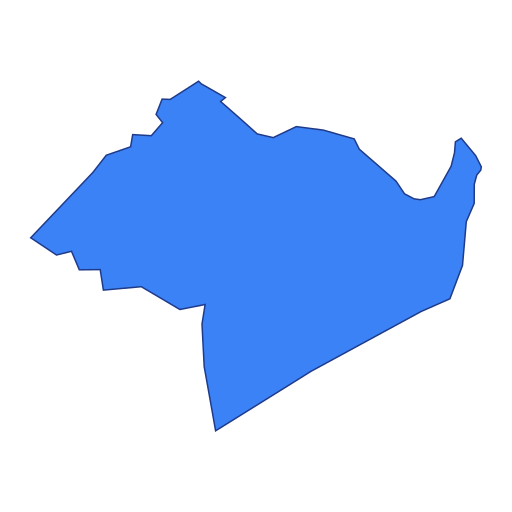 outline of Surry, Virginia, United States of America
{"feature_id": "52423323B96446812738870", "entity_name": "Surry", "entity_type": "district", "adm_level": 2, "iso_a3": "USA", "parent_name": "United States of America", "parent_adm1": "Virginia", "projection": "orthographic", "projection_center": [-76.881, 37.096], "detail": "fine", "context": "isolated", "style": "filled", "palette": "blue", "viewbox_px": 512, "rotation_deg": 0, "n_neighbors": 0, "source": "geoboundaries", "source_scale": "gbopen_adm2", "svg_char_len": 805}
<svg xmlns="http://www.w3.org/2000/svg" viewBox="0 0 512 512"><path d="M30.7,237.8L56.5,255.0L71.5,251.3L79.3,269.8L100.2,269.6L103.4,290.1L141.3,286.7L179.9,309.5L205.1,304.5L202.0,324.1L204.2,366.7L209.1,394.1L215.6,430.8L291.7,383.4L311.0,371.3L421.1,311.5L449.9,298.8L462.5,265.4L466.3,221.6L474.2,203.4L474.2,202.3L474.3,184.2L476.8,175.0L480.8,170.1L481.3,166.8L475.7,155.7L461.2,138.2L455.4,141.8L454.5,152.8L451.1,166.3L435.1,195.0L434.1,196.6L420.4,199.7L414.0,198.8L404.5,193.8L396.0,181.1L359.3,149.2L354.2,138.9L323.3,130.1L296.3,126.6L273.2,137.6L257.2,133.9L239.0,117.6L220.6,101.5L225.4,97.6L201.2,83.8L198.6,81.2L170.2,99.4L162.1,99.1L156.1,114.4L162.6,122.7L151.3,135.7L132.7,134.6L130.6,146.8L106.3,155.2L92.9,172.4L30.7,237.8Z" fill="#3b82f6" stroke="#1e3a8a" stroke-width="1.5"/></svg>